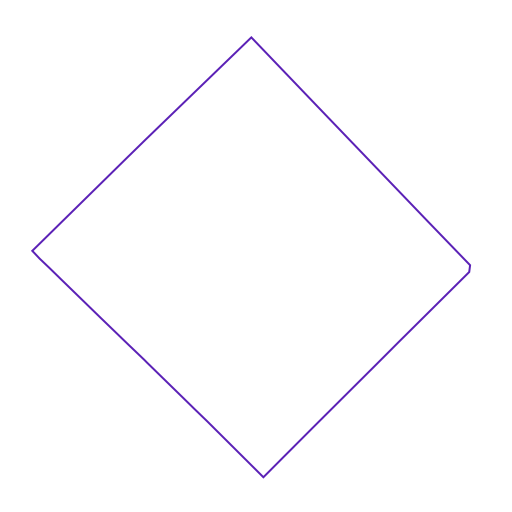 Denton, Texas, United States of America, rotated 44°
{"feature_id": "52423323B29429067330401", "entity_name": "Denton", "entity_type": "district", "adm_level": 2, "iso_a3": "USA", "parent_name": "United States of America", "parent_adm1": "Texas", "projection": "robinson", "projection_center": [-97.097, 33.209], "detail": "fine", "context": "isolated", "style": "outline", "palette": "violet", "viewbox_px": 512, "rotation_deg": 44, "n_neighbors": 0, "source": "geoboundaries", "source_scale": "gbopen_adm2", "svg_char_len": 497}
<svg xmlns="http://www.w3.org/2000/svg" viewBox="0 0 512 512"><g transform="rotate(44 256 256)"><path d="M91.5,407.7L102.3,408.2L116.3,408.1L132.1,408.2L187.0,408.4L218.4,408.4L226.4,408.4L248.4,408.3L251.5,408.4L305.1,408.7L317.7,408.8L329.7,408.8L335.6,408.8L348.1,409.0L415.0,410.0L415.4,383.3L416.1,341.8L416.1,341.2L417.9,248.8L418.4,218.6L420.5,119.4L416.4,113.9L356.6,111.8L195.7,105.7L100.8,102.0L95.7,249.1L95.0,273.7L91.5,407.7Z" fill="none" stroke="#5b21b6" stroke-width="2"/></g></svg>